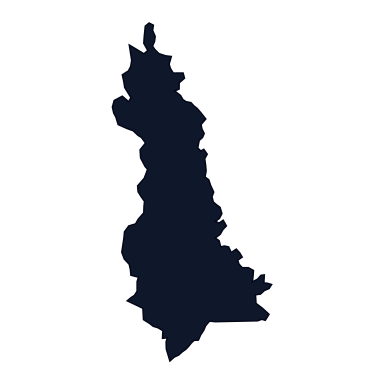 outline of Barão de Antonina, São Paulo, Brazil
{"feature_id": "56859067B50057766489130", "entity_name": "Barão de Antonina", "entity_type": "district", "adm_level": 2, "iso_a3": "BRA", "parent_name": "Brazil", "parent_adm1": "São Paulo", "projection": "equal_earth", "projection_center": [-49.568, -23.569], "detail": "fine", "context": "isolated", "style": "filled", "palette": "ink", "viewbox_px": 384, "rotation_deg": 0, "n_neighbors": 0, "source": "geoboundaries", "source_scale": "gbopen_adm2", "svg_char_len": 2064}
<svg xmlns="http://www.w3.org/2000/svg" viewBox="0 0 384 384"><path d="M184.5,78.2L183.1,73.0L178.9,73.0L173.3,73.1L170.4,68.5L169.1,64.2L171.3,56.5L165.6,55.8L158.9,53.6L154.8,49.5L152.5,46.1L154.5,41.6L155.2,36.4L152.6,30.4L153.4,25.2L149.1,23.0L145.3,26.1L144.2,37.0L143.8,43.3L147.8,50.5L143.9,53.8L129.3,45.0L131.7,60.4L130.7,66.5L128.4,70.9L122.3,74.8L123.8,81.5L124.7,87.5L131.0,97.7L128.6,101.7L122.3,96.2L114.2,100.5L112.4,107.0L113.7,113.0L115.9,117.1L118.2,124.6L127.2,128.6L133.1,130.7L138.1,135.4L141.5,137.5L145.5,143.0L140.1,149.8L140.6,157.9L145.1,166.5L147.6,169.3L144.3,178.2L137.6,185.9L138.1,191.7L141.3,196.9L144.5,201.3L144.0,206.3L143.8,212.8L138.3,219.1L135.6,223.9L128.8,225.9L124.5,231.8L123.9,238.3L121.8,252.2L124.3,259.0L129.2,264.3L130.4,269.6L130.9,275.2L138.5,277.2L137.1,281.6L137.1,291.2L134.4,295.5L131.3,297.4L127.2,300.8L142.9,308.3L143.5,319.6L149.7,323.5L153.2,326.3L157.9,327.7L162.9,330.7L162.5,338.3L167.3,337.8L166.1,341.9L166.3,348.9L169.9,361.0L174.2,357.1L178.7,355.0L181.9,352.1L185.9,349.2L188.5,346.5L191.1,343.2L194.0,340.4L198.4,340.1L200.5,335.2L203.8,330.1L205.6,325.8L209.5,321.1L215.3,321.7L257.6,320.8L261.8,319.3L265.3,320.3L269.0,314.3L262.5,308.3L256.0,303.4L255.5,294.8L260.5,294.1L264.4,290.5L269.1,288.5L271.6,284.5L267.2,283.2L263.9,283.0L264.3,274.9L261.0,275.3L257.5,279.2L252.4,281.9L253.0,276.7L253.5,270.5L248.4,267.7L242.2,267.7L239.0,264.1L237.7,260.2L242.2,257.1L239.8,253.0L236.3,249.1L231.2,252.5L228.6,246.9L224.4,246.0L220.7,246.9L219.1,240.7L215.3,238.0L220.3,234.2L222.8,229.7L226.4,225.9L223.2,220.2L219.0,223.1L215.5,221.3L219.4,218.4L221.9,213.6L220.0,207.3L216.1,204.4L213.3,202.0L212.0,196.7L213.7,192.1L210.6,185.4L208.7,179.7L205.0,177.0L206.1,171.0L205.6,165.1L204.7,158.7L207.2,154.2L203.8,149.3L200.8,151.0L197.7,147.9L199.2,140.4L202.5,137.5L204.2,133.5L202.0,129.2L201.0,124.6L205.8,119.0L200.9,112.8L197.0,108.3L194.0,106.0L190.9,102.6L186.0,101.7L182.8,99.5L180.7,95.7L174.7,90.9L179.1,89.1L179.2,82.8L184.5,78.2Z" fill="#0f172a" stroke="#020617" stroke-width="1.5"/></svg>